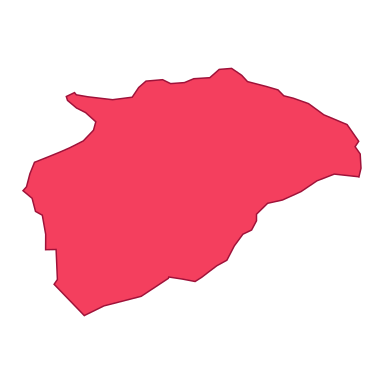 Askersund, Orebro, Sweden (Robinson projection)
{"feature_id": "70781695B5834456968412", "entity_name": "Askersund", "entity_type": "district", "adm_level": 2, "iso_a3": "SWE", "parent_name": "Sweden", "parent_adm1": "Orebro", "projection": "robinson", "projection_center": [14.979, 58.853], "detail": "fine", "context": "isolated", "style": "filled", "palette": "rose", "viewbox_px": 384, "rotation_deg": 0, "n_neighbors": 0, "source": "geoboundaries", "source_scale": "gbopen_adm2", "svg_char_len": 972}
<svg xmlns="http://www.w3.org/2000/svg" viewBox="0 0 384 384"><path d="M358.9,177.0L361.0,168.2L360.2,154.0L355.1,146.7L358.7,141.3L347.1,124.6L323.8,114.8L308.5,103.6L293.3,98.2L283.8,95.8L278.0,89.9L266.4,86.5L247.5,81.6L241.7,75.3L231.6,68.4L219.2,69.4L209.8,77.7L193.8,78.7L184.4,82.6L170.6,83.6L162.6,79.7L146.0,81.1L138.7,87.5L132.2,97.2L112.6,99.7L87.9,96.8L76.3,94.8L74.5,92.6L66.3,96.5L67.5,100.4L76.5,108.0L85.6,112.6L95.8,121.8L93.5,130.2L83.3,140.9L69.7,147.8L59.4,152.3L48.1,156.9L34.5,162.3L29.9,173.8L26.5,186.8L23.0,190.7L32.1,198.3L35.5,211.4L42.3,215.2L45.7,234.4L45.6,249.7L56.1,249.5L57.4,279.5L54.1,284.3L84.3,315.6L84.6,315.4L103.9,305.9L141.2,296.3L168.3,278.4L168.8,277.0L182.5,279.1L195.1,281.5L201.7,277.3L208.3,272.2L216.9,265.7L226.9,260.2L234.3,245.9L242.9,234.2L251.6,230.0L256.5,220.8L256.5,214.2L267.6,203.3L282.5,200.0L301.0,191.6L317.0,180.8L334.3,174.1L358.1,176.7L358.9,177.0Z" fill="#f43f5e" stroke="#9f1239" stroke-width="1.5"/></svg>